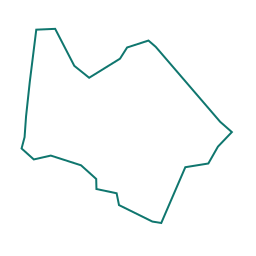 Sinajana, Guam (Natural Earth projection), rotated 6°
{"feature_id": "77769853B28089182733682", "entity_name": "Sinajana", "entity_type": "district", "adm_level": 2, "iso_a3": "GUM", "parent_name": "Guam", "parent_adm1": "", "projection": "natural_earth1", "projection_center": [144.76, 13.46], "detail": "fine", "context": "isolated", "style": "outline", "palette": "teal", "viewbox_px": 256, "rotation_deg": 6, "n_neighbors": 0, "source": "geoboundaries", "source_scale": "gbopen_adm2", "svg_char_len": 466}
<svg xmlns="http://www.w3.org/2000/svg" viewBox="0 0 256 256"><g transform="rotate(6 128 128)"><path d="M26.5,39.8L25.5,92.1L25.4,127.1L26.1,147.9L24.3,159.5L37.6,169.1L54.1,163.5L85.2,170.0L101.7,182.0L103.0,192.0L123.5,194.1L127.1,205.6L162.0,218.5L171.0,219.0L189.1,161.0L211.6,154.9L219.4,137.1L231.7,121.2L219.0,112.2L147.1,44.4L139.2,38.9L118.7,48.0L112.8,59.9L84.1,82.1L68.1,71.8L45.2,37.0L26.5,39.8Z" fill="none" stroke="#0f766e" stroke-width="2"/></g></svg>